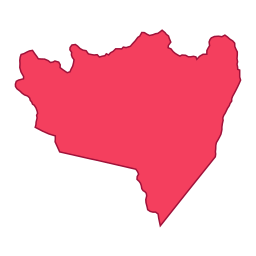 the district of Mata Roma, Maranhão, Brazil
{"feature_id": "56859067B26606405776491", "entity_name": "Mata Roma", "entity_type": "district", "adm_level": 2, "iso_a3": "BRA", "parent_name": "Brazil", "parent_adm1": "Maranhão", "projection": "albers", "projection_center": [-43.235, -3.651], "detail": "fine", "context": "isolated", "style": "filled", "palette": "rose", "viewbox_px": 256, "rotation_deg": 0, "n_neighbors": 0, "source": "geoboundaries", "source_scale": "gbopen_adm2", "svg_char_len": 2364}
<svg xmlns="http://www.w3.org/2000/svg" viewBox="0 0 256 256"><path d="M75.4,44.5L71.9,45.0L70.1,47.5L69.9,49.8L71.6,52.3L71.4,54.9L72.3,57.4L74.0,59.7L73.5,62.9L72.7,66.1L71.1,69.2L70.0,71.8L67.2,72.7L63.1,69.9L60.1,67.6L60.2,64.8L58.7,62.1L54.9,61.0L53.1,62.0L50.5,62.5L48.1,60.6L44.6,59.1L41.4,59.0L38.3,58.8L37.1,56.9L34.6,53.5L32.5,50.4L29.5,50.9L27.0,52.0L24.0,53.6L21.1,54.5L20.2,57.2L19.8,60.3L20.0,63.7L19.8,67.6L21.0,71.9L23.6,76.5L23.5,78.8L18.5,80.1L16.3,81.3L15.4,84.1L15.5,86.5L17.0,88.8L20.0,91.1L22.1,93.2L24.5,94.9L27.6,96.0L29.6,97.9L30.3,100.4L31.7,102.0L32.5,104.1L34.3,105.3L36.0,108.0L37.1,111.0L37.6,113.3L36.6,115.2L37.1,117.9L36.1,122.2L35.9,124.8L35.2,127.3L42.7,131.2L48.8,133.9L55.3,135.9L55.3,139.2L55.1,141.8L59.7,151.9L90.2,158.8L95.0,159.8L135.8,169.2L137.5,171.5L138.6,174.1L137.2,176.5L137.0,179.3L139.2,181.4L140.5,183.3L141.3,185.7L141.8,188.7L143.1,190.6L144.9,191.7L146.3,193.3L146.7,195.9L145.8,199.6L146.0,202.6L147.1,206.9L147.7,209.7L150.2,211.4L152.9,212.1L155.6,212.1L158.1,214.0L158.7,218.2L160.3,225.8L186.5,192.8L215.3,156.8L215.7,154.0L215.4,151.9L215.7,149.0L215.8,145.5L216.4,142.6L218.4,139.2L219.8,136.5L220.9,134.3L221.5,131.7L221.9,129.6L221.9,126.9L222.4,123.5L223.1,120.4L222.8,117.9L223.7,115.5L225.3,112.9L226.4,110.6L227.5,108.3L229.3,105.6L230.0,103.5L231.7,101.1L231.7,98.8L232.6,96.3L234.1,93.6L235.7,90.6L237.5,87.0L239.2,83.4L240.6,80.1L239.7,77.1L239.7,73.6L239.7,70.1L237.7,69.3L237.6,67.0L237.0,64.1L237.6,61.8L237.0,58.7L237.3,55.0L237.3,51.9L235.9,49.1L234.8,46.5L234.7,43.2L232.8,41.0L229.7,39.0L227.5,37.0L224.9,35.1L221.9,36.7L218.5,36.2L214.4,36.5L211.3,37.9L210.0,39.6L209.1,42.0L209.6,45.7L208.2,48.0L206.9,50.5L206.8,54.2L203.0,54.3L199.6,56.3L196.8,59.3L195.9,56.9L193.5,56.3L190.7,56.8L188.3,56.8L185.7,55.3L182.0,55.0L179.9,56.1L177.8,55.0L175.2,53.4L173.1,51.6L171.0,48.9L168.1,47.7L168.4,45.4L170.8,42.1L169.3,38.5L168.5,36.0L166.3,34.3L165.0,32.6L162.1,30.2L159.7,32.1L157.8,33.4L155.6,33.7L153.0,34.7L149.5,35.5L146.9,34.2L144.4,32.6L141.8,32.5L139.8,36.1L137.8,37.4L135.2,40.9L132.5,43.8L130.4,46.3L126.1,47.6L123.3,47.1L121.7,48.9L119.1,48.8L115.7,48.8L113.2,51.3L110.5,52.8L108.7,54.9L106.3,53.8L104.9,55.7L102.2,56.2L99.4,57.0L97.2,54.7L94.1,55.0L91.2,54.5L88.4,53.9L86.1,50.7L82.8,50.1L80.0,48.5L77.5,46.0L75.4,44.5Z" fill="#f43f5e" stroke="#9f1239" stroke-width="1.5"/></svg>